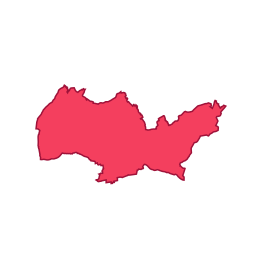 Floresti, Mehedinti, Romania (Equal Earth projection), rotated 133°
{"feature_id": "2599482B87855176216946", "entity_name": "Floresti", "entity_type": "district", "adm_level": 2, "iso_a3": "ROU", "parent_name": "Romania", "parent_adm1": "Mehedinti", "projection": "equal_earth", "projection_center": [22.911, 44.797], "detail": "fine", "context": "isolated", "style": "filled", "palette": "rose", "viewbox_px": 256, "rotation_deg": 133, "n_neighbors": 0, "source": "geoboundaries", "source_scale": "gbopen_adm2", "svg_char_len": 5859}
<svg xmlns="http://www.w3.org/2000/svg" viewBox="0 0 256 256"><g transform="rotate(133 128 128)"><path d="M188.2,155.1L187.2,153.9L186.1,152.9L186.2,152.5L185.0,151.4L184.9,151.1L183.7,151.1L183.0,150.3L182.3,150.1L181.3,149.4L180.9,148.7L180.8,148.0L181.1,147.7L180.4,147.1L180.1,146.4L180.2,146.0L179.8,145.5L179.9,145.3L179.3,144.1L178.7,141.3L178.2,140.0L177.4,138.7L177.1,137.6L176.9,137.2L176.8,136.8L177.1,135.9L177.1,135.3L177.4,134.6L176.8,133.6L177.3,132.8L175.0,129.5L175.2,128.8L176.3,127.6L174.5,126.6L175.2,125.4L175.3,124.7L174.9,124.2L173.4,123.5L173.5,123.0L173.9,122.1L172.4,120.9L174.4,118.2L174.9,118.4L175.3,117.9L176.3,117.9L177.2,117.6L177.5,117.2L177.4,116.7L178.5,115.7L179.8,117.2L180.4,117.2L181.5,117.8L181.4,116.7L182.4,116.3L184.7,114.9L186.3,114.8L186.6,114.9L187.4,115.8L187.8,115.9L187.6,114.9L187.6,113.8L187.5,113.2L187.0,112.7L186.2,112.3L185.3,111.4L184.9,111.4L180.9,108.6L182.9,106.7L179.0,103.6L180.1,102.5L179.2,101.7L178.7,102.3L177.2,101.0L176.7,102.0L173.6,99.9L171.6,102.0L170.3,101.0L169.5,100.5L168.3,99.0L168.2,98.5L163.5,96.2L163.1,95.9L162.4,95.7L162.3,95.9L162.2,95.9L161.8,95.5L161.7,95.1L161.2,94.6L156.0,90.4L152.5,92.5L151.9,92.0L151.3,92.0L150.9,92.2L149.4,90.2L148.7,90.1L147.5,89.3L147.0,89.3L146.8,89.5L146.6,89.8L146.5,90.7L146.1,90.9L143.7,91.3L143.1,90.9L142.5,89.2L142.4,87.9L142.7,84.2L142.4,82.9L142.0,82.1L141.4,81.2L141.3,80.5L140.9,79.7L139.8,78.8L138.6,78.2L137.9,77.1L137.7,76.8L137.7,76.4L136.3,73.3L134.8,71.1L134.1,69.1L133.2,68.4L132.8,67.4L132.6,66.3L130.7,62.3L129.6,61.8L129.4,61.6L129.0,60.1L129.2,59.0L129.4,58.2L129.3,57.2L129.4,56.3L129.1,53.7L128.6,53.1L128.5,52.7L128.6,52.3L127.8,51.5L127.5,51.9L126.1,53.1L125.6,53.8L125.5,54.3L125.6,55.4L118.7,58.7L118.7,59.0L119.7,60.1L120.0,60.9L120.0,63.2L119.9,63.7L120.2,64.0L119.6,64.4L119.4,65.3L118.1,65.9L117.1,65.7L116.6,65.2L114.6,64.8L112.6,63.8L110.2,63.5L108.7,63.9L106.8,64.0L106.3,64.3L105.4,64.5L102.9,64.7L100.2,67.6L99.2,68.2L95.6,69.0L94.0,69.5L93.4,69.4L91.9,68.4L90.6,68.1L87.0,68.8L85.0,69.4L84.6,69.6L79.6,65.8L79.1,64.1L78.8,63.7L76.5,63.9L74.2,63.1L72.6,62.9L70.6,61.4L68.3,60.5L66.2,62.1L65.7,63.1L66.4,65.4L61.6,67.0L60.2,70.5L59.2,70.9L56.6,69.1L55.8,69.0L53.9,69.7L53.5,70.7L52.3,71.1L47.4,71.2L45.3,71.4L46.1,73.5L48.0,73.6L48.5,74.1L48.9,74.1L50.0,73.9L50.5,74.0L50.4,74.7L50.0,75.0L50.0,76.0L49.7,76.8L49.5,77.7L48.7,78.1L49.3,79.7L48.8,80.7L48.8,81.4L48.1,81.8L48.3,82.2L48.2,82.6L48.5,83.1L49.9,82.6L52.1,81.3L56.1,79.7L56.4,82.2L55.9,81.8L54.9,82.3L53.7,83.8L54.8,86.3L56.5,87.1L57.5,88.1L61.9,90.5L63.9,91.8L64.5,92.0L70.0,92.4L71.9,92.3L73.8,93.5L75.1,94.5L76.2,95.8L76.8,97.4L77.8,97.8L82.0,97.8L83.2,98.3L83.9,98.9L84.4,99.0L85.1,99.0L85.5,98.6L85.9,97.8L86.5,97.3L87.9,96.7L88.8,96.6L89.4,96.8L90.2,97.7L90.8,98.2L91.6,98.4L92.6,98.3L93.3,98.6L94.8,98.4L97.6,99.3L97.6,100.0L98.3,100.2L97.1,102.1L97.3,102.5L97.2,102.7L96.6,103.4L97.0,104.0L96.7,104.6L97.0,105.1L96.7,105.7L97.0,105.9L96.9,106.2L95.7,107.3L94.5,109.5L94.5,110.0L94.8,110.4L96.3,110.8L99.2,111.8L100.5,112.0L101.0,110.9L101.3,110.9L101.5,110.4L102.8,111.0L103.9,110.9L105.1,109.2L105.4,108.1L105.7,108.1L106.7,107.8L107.4,108.1L107.8,108.0L109.1,107.3L108.9,107.0L109.3,106.7L110.0,107.4L110.3,107.4L111.7,109.0L112.4,109.4L113.2,110.2L114.2,110.6L116.0,112.1L116.4,113.0L117.1,114.1L115.6,115.5L115.0,116.3L114.8,117.1L113.9,117.6L112.6,119.9L111.8,123.7L112.8,124.9L112.7,125.2L110.0,124.5L109.1,126.6L109.4,127.1L109.2,127.7L109.7,127.8L109.6,128.3L109.0,128.3L108.9,128.9L108.9,129.3L109.3,129.9L109.0,131.5L107.9,132.8L107.8,133.2L107.6,134.1L107.7,134.4L107.3,135.5L107.0,135.9L106.5,136.0L106.4,135.7L106.2,136.0L105.7,136.1L105.7,137.9L106.3,137.6L106.9,137.6L107.2,137.9L107.2,138.2L107.0,138.6L107.1,139.0L106.8,139.5L106.8,139.8L107.1,139.9L107.8,139.8L108.3,139.4L108.8,139.4L108.8,140.5L108.7,141.0L108.7,143.7L108.4,145.6L109.3,146.1L108.7,147.7L106.9,148.2L106.7,149.3L107.0,149.4L107.2,149.2L107.7,149.3L107.8,149.5L107.3,150.7L106.8,151.6L106.3,151.4L105.7,151.4L105.3,152.3L104.7,152.9L104.9,153.5L104.4,154.3L105.0,155.4L105.5,155.7L107.1,156.9L106.3,158.0L108.6,158.3L110.3,159.3L111.2,159.2L112.3,158.6L114.1,157.9L118.1,159.1L118.6,159.1L122.3,160.4L123.7,161.9L124.2,162.3L126.1,162.9L127.1,163.6L127.6,164.5L128.5,165.5L130.9,166.1L130.9,166.5L131.3,166.8L132.6,169.1L133.6,170.4L132.7,171.1L133.0,172.1L133.3,172.8L133.9,173.3L134.4,174.9L134.3,175.2L134.6,177.5L135.7,177.3L135.7,177.9L135.2,178.8L135.0,178.1L134.8,178.2L135.0,179.6L134.9,180.2L135.3,181.7L135.5,182.2L135.6,183.0L135.2,183.5L134.6,183.8L131.9,184.4L130.1,185.4L128.9,185.7L130.0,186.8L129.8,186.8L129.6,187.3L130.0,187.5L131.1,187.3L131.4,188.1L132.2,188.2L133.4,188.7L134.5,188.9L136.1,189.0L136.1,189.5L136.4,189.8L136.6,190.6L136.4,192.2L135.3,194.8L137.6,196.9L138.4,197.2L139.8,196.7L140.8,196.4L141.1,196.7L142.7,196.5L143.4,196.2L143.2,197.2L140.9,197.7L141.2,198.4L140.2,199.3L140.7,200.0L140.4,200.4L139.7,200.4L139.8,200.9L140.5,201.4L140.5,201.8L140.1,202.0L139.9,202.3L140.1,203.8L140.4,203.8L140.7,203.3L141.1,203.2L141.8,203.2L143.2,203.4L144.2,203.9L145.7,204.3L147.3,204.5L148.5,204.1L149.9,203.3L151.3,203.2L154.7,202.5L156.6,201.6L158.7,201.7L160.8,201.1L163.7,202.0L166.0,202.0L168.7,202.3L172.7,202.2L174.0,201.7L175.6,201.4L177.1,200.8L181.2,200.6L182.9,200.4L183.2,200.0L185.9,198.7L191.3,194.7L190.5,193.8L190.1,193.1L189.9,190.9L192.3,189.6L192.9,188.9L193.5,189.1L194.3,188.7L195.4,188.0L196.4,187.1L199.4,184.1L202.4,181.5L202.7,180.6L203.1,180.5L203.9,179.3L204.1,178.5L204.4,178.4L207.6,174.1L207.8,174.1L208.3,173.6L209.2,171.8L210.1,171.1L210.7,170.5L210.0,169.6L208.3,168.2L206.6,165.5L205.6,164.5L204.1,163.5L202.8,163.0L201.1,161.1L198.7,159.7L197.2,159.1L195.3,158.8L191.2,159.0L190.2,157.3L189.7,156.8L189.2,156.3L188.7,155.5L188.2,155.1Z" fill="#f43f5e" stroke="#9f1239" stroke-width="1.5"/></g></svg>